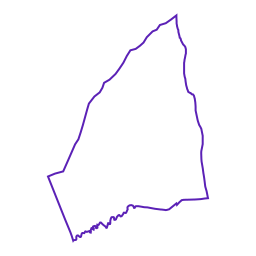 Barh-Sara, Mandoul, Chad
{"feature_id": "50815135B19223233714044", "entity_name": "Barh-Sara", "entity_type": "district", "adm_level": 2, "iso_a3": "TCD", "parent_name": "Chad", "parent_adm1": "Mandoul", "projection": "equal_earth", "projection_center": [17.726, 8.38], "detail": "fine", "context": "isolated", "style": "outline", "palette": "violet", "viewbox_px": 256, "rotation_deg": 0, "n_neighbors": 0, "source": "geoboundaries", "source_scale": "gbopen_adm2", "svg_char_len": 3551}
<svg xmlns="http://www.w3.org/2000/svg" viewBox="0 0 256 256"><path d="M48.0,176.5L61.0,209.2L65.2,219.7L70.5,232.5L71.1,234.2L71.7,235.8L73.2,240.6L73.4,240.3L74.5,240.1L75.9,239.9L76.4,239.1L76.3,237.6L76.3,237.3L76.4,236.4L76.5,236.3L77.0,235.6L77.4,235.5L77.9,235.4L78.9,236.2L79.8,236.9L80.4,237.0L80.5,237.0L81.0,236.6L81.3,235.3L81.7,233.7L82.3,233.0L84.3,233.1L85.2,231.5L85.5,231.4L86.8,231.9L87.4,231.7L89.3,231.1L89.8,232.0L90.0,232.4L90.7,232.6L90.8,232.0L90.9,231.7L90.8,231.1L90.7,230.8L90.9,229.7L91.5,228.1L92.0,228.0L92.5,229.0L93.6,229.6L93.8,228.7L93.7,228.5L93.0,227.7L92.9,227.1L93.0,226.7L93.3,226.3L94.9,225.9L95.0,225.9L95.4,226.2L95.7,227.2L95.9,227.8L96.2,228.1L96.9,228.1L97.2,227.8L97.4,227.7L97.4,227.3L97.5,227.0L97.1,225.9L97.2,225.3L97.3,224.7L97.6,224.8L98.3,225.0L98.8,224.7L100.0,222.6L100.8,222.5L101.3,222.9L102.6,224.3L102.8,224.4L103.3,224.9L105.5,226.6L105.8,227.0L106.3,227.8L106.7,227.6L106.9,227.6L108.1,223.2L108.6,223.2L108.9,223.7L109.0,223.8L109.2,224.1L109.6,224.0L110.0,224.0L110.3,223.2L110.3,222.3L110.3,220.7L110.7,219.2L110.8,218.6L111.5,217.3L112.0,217.1L113.6,217.1L114.0,217.7L114.1,219.0L114.3,219.5L114.4,219.8L114.6,219.8L115.5,219.7L116.0,219.2L116.1,218.9L117.0,216.8L118.5,215.2L119.4,215.1L120.0,215.8L120.2,216.0L120.6,216.4L121.1,216.3L121.6,216.2L122.7,214.7L123.1,214.2L123.5,213.1L124.0,212.6L124.7,212.8L125.7,213.0L125.9,212.9L126.2,212.6L127.3,210.1L127.7,209.3L127.4,207.9L127.6,207.0L127.7,206.9L128.4,206.1L129.1,205.7L129.3,205.5L129.5,205.4L129.8,205.3L130.2,205.3L131.2,205.1L131.9,205.3L132.7,205.6L132.8,205.6L133.3,206.2L134.1,207.9L134.7,207.8L134.8,207.6L135.5,206.4L136.0,206.2L136.8,206.2L138.4,206.2L139.6,206.4L142.0,206.8L144.1,207.2L145.7,207.3L146.1,207.3L146.6,207.3L147.5,207.4L151.2,208.1L155.0,208.8L160.7,209.5L161.3,209.5L164.6,209.9L165.7,210.1L167.0,209.9L167.6,209.7L169.1,209.3L176.4,203.4L176.9,204.4L177.0,204.8L179.6,202.0L180.5,201.3L181.3,200.5L181.6,200.2L183.8,199.8L188.3,199.7L194.7,199.5L196.5,199.4L199.6,199.2L200.4,199.1L200.8,199.1L204.8,198.5L208.0,198.2L207.8,197.3L206.6,191.2L205.9,188.8L205.3,186.7L205.1,185.4L205.0,184.5L204.7,182.0L204.2,178.1L203.7,174.9L203.4,173.2L202.8,168.6L202.7,168.0L201.6,161.6L201.5,160.4L201.4,159.2L201.3,156.3L201.2,153.0L201.3,151.1L202.0,147.7L202.7,144.1L202.7,142.2L202.7,135.8L201.3,128.8L200.3,126.8L199.2,125.0L197.9,121.1L197.5,119.5L195.6,110.5L195.6,107.5L195.6,106.9L195.5,105.1L195.3,102.4L194.9,99.7L194.8,98.8L194.6,98.2L193.9,95.6L193.2,94.7L192.8,94.3L191.9,94.3L191.4,93.9L190.6,93.0L190.0,92.9L188.3,91.9L187.5,89.6L187.1,88.8L187.0,88.1L186.4,86.0L186.2,85.3L185.6,81.5L185.4,79.6L185.3,78.7L184.9,77.5L184.6,76.3L184.4,75.1L184.1,73.4L184.1,73.1L184.1,72.6L184.1,70.9L184.1,64.8L184.1,62.8L184.2,62.3L184.3,61.9L184.6,59.4L184.8,58.7L185.2,56.6L185.4,55.5L185.5,54.9L185.7,54.2L185.9,53.5L185.9,52.8L185.9,49.2L185.5,47.8L185.4,47.2L184.5,45.8L183.1,44.4L181.0,40.4L180.8,39.3L180.5,38.4L180.2,38.1L179.9,37.8L179.7,37.7L179.6,36.8L179.1,34.7L178.4,32.0L178.3,30.0L177.8,29.0L177.6,28.3L177.1,26.4L177.0,26.0L177.0,25.5L176.6,23.5L176.6,22.4L176.6,21.6L176.4,17.3L176.4,15.9L176.4,15.4L171.2,19.4L165.8,23.2L159.9,25.0L156.7,29.7L152.6,31.4L146.8,37.2L143.5,42.6L139.9,45.8L135.7,48.9L130.4,50.3L126.8,56.0L123.4,62.7L119.3,68.8L115.5,74.0L109.5,79.7L104.1,82.8L102.4,87.8L99.7,92.4L94.4,96.5L88.9,103.6L87.4,108.7L85.6,115.2L82.9,125.0L80.6,132.6L78.4,139.3L75.1,144.3L68.2,160.1L63.2,171.4L55.0,173.6L48.0,176.5L48.0,176.5Z" fill="none" stroke="#5b21b6" stroke-width="2"/></svg>